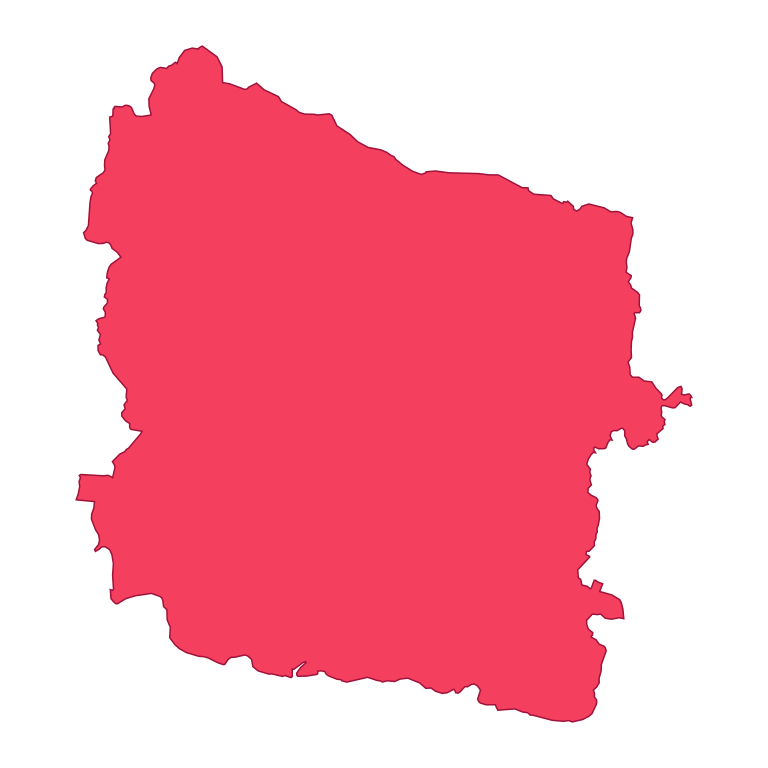 Sherpur, Dhaka, Bangladesh
{"feature_id": "16705992B90842308963557", "entity_name": "Sherpur", "entity_type": "district", "adm_level": 2, "iso_a3": "BGD", "parent_name": "Bangladesh", "parent_adm1": "Dhaka", "projection": "albers", "projection_center": [90.083, 25.092], "detail": "fine", "context": "isolated", "style": "filled", "palette": "rose", "viewbox_px": 768, "rotation_deg": 0, "n_neighbors": 0, "source": "geoboundaries", "source_scale": "gbopen_adm2", "svg_char_len": 6058}
<svg xmlns="http://www.w3.org/2000/svg" viewBox="0 0 768 768"><path d="M532.8,715.2L552.2,720.3L563.3,721.3L568.8,720.6L572.4,721.9L582.8,719.5L589.1,716.1L592.0,713.6L596.2,704.7L596.8,701.7L596.4,699.5L594.5,697.3L594.5,693.6L593.4,690.1L596.5,687.2L599.2,682.8L599.1,678.2L601.1,671.1L601.4,664.3L606.2,650.9L605.4,648.0L604.2,646.3L599.1,644.1L596.1,639.8L591.1,637.1L591.6,635.5L592.4,635.4L592.8,632.7L588.7,629.4L587.8,627.7L586.8,624.6L586.6,620.3L592.4,614.1L597.3,614.6L600.7,614.1L605.2,618.2L611.5,619.2L619.2,617.7L623.8,618.7L622.9,609.2L621.2,602.4L619.7,599.7L611.8,594.9L599.7,591.5L602.7,583.8L597.6,581.9L595.6,580.3L594.2,580.3L591.2,588.3L590.2,588.8L587.3,586.3L581.9,585.0L580.7,579.4L578.3,577.7L577.7,569.9L589.7,557.0L589.6,556.3L586.1,554.7L586.2,552.1L586.9,551.4L589.0,551.3L594.4,545.7L594.2,542.2L595.8,538.7L596.1,533.8L597.2,532.3L597.1,528.1L598.2,525.3L599.5,518.5L599.2,511.4L597.1,508.6L596.0,505.5L597.9,500.8L597.6,499.4L596.0,497.6L591.5,495.4L587.9,492.6L588.2,488.1L591.4,485.0L589.9,480.0L590.2,477.5L591.1,476.0L589.7,472.1L590.4,469.2L586.7,464.3L588.4,459.0L590.8,455.1L593.2,452.4L595.5,452.8L593.7,449.8L594.0,447.7L595.2,447.1L598.6,448.8L604.7,448.6L605.8,447.9L608.0,442.5L609.9,439.8L612.1,440.1L610.0,435.9L611.2,432.0L613.4,430.6L617.0,430.7L621.4,428.2L623.2,428.7L624.7,430.8L624.7,435.8L626.4,439.0L627.7,444.1L629.0,446.3L632.3,449.1L634.4,449.1L638.6,445.9L643.3,446.3L645.5,444.9L648.2,444.4L647.2,441.8L649.1,439.5L653.0,442.4L655.0,442.0L658.2,439.1L656.8,435.5L657.1,433.7L663.1,428.5L662.7,426.2L664.9,424.5L664.2,421.7L665.0,419.6L661.8,416.8L661.2,415.2L661.7,412.2L661.0,407.8L662.0,405.7L664.3,405.6L672.6,407.9L675.1,407.7L680.5,402.0L684.2,403.9L687.7,404.7L690.0,406.3L691.7,405.1L690.2,398.9L690.4,397.8L691.8,397.5L690.7,395.3L689.0,393.9L684.0,395.0L681.5,394.2L682.1,389.0L681.0,386.4L677.8,387.5L667.8,397.7L665.3,399.7L663.3,399.9L661.5,397.9L662.0,395.2L661.5,394.0L655.8,388.1L651.8,381.9L644.1,381.0L638.9,377.2L632.4,377.2L630.2,374.5L629.7,366.9L628.0,362.2L631.5,357.5L631.1,349.7L631.5,341.3L632.5,337.3L632.4,332.3L635.6,318.2L634.2,313.7L634.8,312.7L639.5,312.7L640.9,310.5L640.5,308.0L639.2,305.6L639.5,294.8L637.7,292.5L631.4,287.9L630.8,285.2L628.3,281.8L631.0,277.6L631.3,275.7L626.0,272.2L627.0,267.5L626.3,262.8L626.6,258.7L629.4,251.5L631.3,238.4L632.9,234.0L632.9,229.9L631.0,223.0L632.6,217.7L626.4,216.4L620.4,212.4L617.1,211.5L610.5,211.7L604.3,207.9L588.8,204.0L581.9,206.3L580.0,209.0L576.6,211.1L573.7,209.4L573.3,206.3L567.7,201.2L566.7,202.2L563.5,201.7L562.9,203.4L561.7,203.2L553.2,198.8L551.0,195.5L533.7,194.2L528.5,190.6L528.0,187.8L522.2,187.7L498.4,175.0L488.0,174.8L478.9,173.6L448.7,172.8L435.7,171.0L426.1,171.8L425.5,173.0L421.2,174.4L412.8,171.4L402.7,165.1L395.6,159.2L393.9,156.6L391.0,155.4L386.7,152.3L380.6,149.8L368.0,147.4L357.6,141.7L350.1,134.5L336.9,125.9L331.9,115.3L329.2,113.8L318.0,115.0L314.1,114.3L304.6,114.1L299.2,112.4L296.0,109.7L281.4,101.5L278.5,96.7L264.1,89.8L256.6,83.2L248.7,87.2L247.1,88.9L244.7,89.4L229.6,83.8L222.6,82.6L222.1,66.9L217.1,56.9L202.3,46.1L198.9,47.9L198.4,49.0L192.2,48.1L184.7,50.4L179.4,57.4L177.1,63.6L175.7,62.3L175.0,62.5L171.7,65.2L168.9,66.0L166.6,68.4L160.2,67.4L156.6,69.1L152.4,73.3L150.8,77.8L151.1,80.6L154.1,83.1L154.8,85.3L153.7,89.0L148.9,98.6L149.1,106.3L151.2,115.0L141.6,116.5L136.1,116.0L134.3,114.1L131.5,107.7L129.7,106.1L127.0,105.3L124.9,105.4L122.2,107.0L115.0,106.4L114.1,107.2L114.4,108.6L113.1,109.0L112.8,116.1L109.7,117.1L110.6,133.7L108.7,136.6L110.0,139.7L108.2,143.4L109.1,146.7L108.7,150.7L104.8,159.8L104.5,165.3L105.0,170.1L103.2,172.8L96.3,177.5L95.3,180.8L96.5,183.3L93.5,185.5L90.4,189.1L90.4,190.2L92.0,191.3L92.5,193.3L91.0,196.6L90.0,202.5L88.4,225.6L86.1,230.2L83.6,232.6L85.3,238.4L87.2,240.3L98.5,243.6L103.2,243.4L106.1,242.3L108.7,242.7L110.4,244.4L112.1,248.4L117.2,252.2L120.9,257.2L111.1,264.3L109.2,267.0L107.4,272.2L106.7,277.8L109.3,278.9L107.1,283.1L106.1,288.0L106.3,292.5L104.9,294.4L104.3,297.0L107.4,299.2L107.5,301.9L106.8,303.8L104.0,306.8L103.3,308.8L105.3,312.2L105.2,316.4L104.7,317.2L98.9,318.7L96.0,320.7L97.8,323.4L97.4,325.0L98.5,327.5L97.4,330.3L100.4,334.5L98.9,340.1L100.6,343.9L98.0,345.4L98.1,350.6L100.4,354.8L102.8,354.9L105.5,357.1L113.1,373.2L126.8,389.0L126.1,397.4L127.4,400.2L124.0,404.9L125.2,408.7L121.7,412.8L121.9,416.2L125.5,420.8L129.6,423.5L129.7,427.6L130.8,429.3L142.0,431.3L140.7,433.8L128.4,448.3L126.3,449.5L124.7,451.7L119.8,454.1L112.4,461.6L114.4,464.9L115.0,467.5L112.6,477.6L108.1,475.3L103.6,475.8L80.7,474.5L79.2,475.6L80.5,477.6L79.1,481.5L79.7,486.7L78.1,494.5L76.2,499.8L94.5,501.6L93.9,507.8L91.7,514.1L91.4,519.0L95.6,529.9L98.7,534.7L99.5,540.3L98.5,544.7L94.6,549.4L95.4,551.4L99.0,549.4L101.7,546.9L105.2,546.7L109.7,549.7L111.9,554.7L113.4,563.6L112.6,575.2L113.5,589.1L112.8,590.4L110.3,589.6L111.0,598.7L113.6,601.8L115.9,603.7L117.4,603.8L126.1,598.5L135.7,595.7L151.4,593.4L159.9,596.4L161.7,597.9L162.8,600.5L163.6,606.6L166.9,609.8L167.2,619.9L170.3,627.3L169.7,637.6L174.6,644.3L179.3,648.6L186.4,652.6L198.8,656.3L204.0,656.7L208.4,658.0L217.5,662.6L223.2,664.6L224.7,664.5L228.0,659.6L231.1,657.3L234.9,657.2L244.9,655.0L247.6,655.9L251.5,659.3L252.9,666.7L258.2,670.9L268.8,674.1L271.8,673.9L282.6,676.4L284.7,675.5L290.9,677.6L292.2,676.7L292.3,669.0L293.9,669.3L302.9,662.6L305.4,661.6L306.0,662.7L300.9,667.2L296.8,672.9L296.7,674.9L297.6,676.2L306.4,676.1L317.0,674.4L317.7,673.6L317.7,671.1L321.9,670.9L324.9,671.7L326.4,674.4L328.6,675.9L336.9,679.2L341.4,679.8L341.8,680.8L346.8,682.1L367.6,677.3L376.6,680.3L380.9,681.1L382.3,682.0L387.3,680.8L394.6,681.5L400.0,679.1L407.7,678.1L419.6,682.9L425.8,688.3L431.0,688.0L435.6,691.3L442.5,693.4L447.3,692.7L453.7,689.3L454.6,690.0L455.8,692.8L458.1,693.1L459.9,692.1L464.8,686.7L467.3,686.8L471.5,684.4L474.2,683.9L477.5,686.0L480.5,690.1L477.6,699.3L478.9,701.8L480.3,703.0L486.0,704.8L495.2,704.7L497.8,710.2L514.9,708.9L522.6,712.0L527.6,712.7L530.3,715.1L532.8,715.2Z" fill="#f43f5e" stroke="#9f1239" stroke-width="1.5"/></svg>